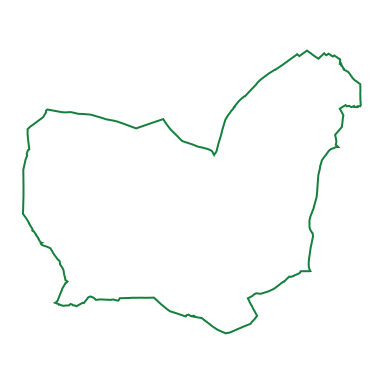 outline of Ozolaines pag., Rezeknes, Latvia
{"feature_id": "27541924B10395676921147", "entity_name": "Ozolaines pag.", "entity_type": "district", "adm_level": 2, "iso_a3": "LVA", "parent_name": "Latvia", "parent_adm1": "Rezeknes", "projection": "robinson", "projection_center": [27.268, 56.437], "detail": "fine", "context": "isolated", "style": "outline", "palette": "green", "viewbox_px": 384, "rotation_deg": 0, "n_neighbors": 0, "source": "geoboundaries", "source_scale": "gbopen_adm2", "svg_char_len": 5686}
<svg xmlns="http://www.w3.org/2000/svg" viewBox="0 0 384 384"><path d="M297.1,54.2L296.9,54.5L287.7,61.1L287.5,61.3L287.2,61.6L286.5,62.0L282.9,64.6L275.3,69.8L275.0,69.6L272.5,71.2L268.8,73.5L266.5,75.2L260.9,79.4L257.7,82.4L255.8,84.9L251.6,89.2L244.9,96.4L244.4,96.3L242.0,98.2L239.5,100.5L237.3,103.0L234.1,106.9L234.5,107.1L233.5,108.1L232.9,109.1L230.9,111.3L230.1,112.6L229.1,114.0L227.8,115.6L225.3,119.9L223.1,127.3L222.8,128.3L222.1,130.6L221.8,132.1L220.8,136.0L219.5,140.1L218.3,144.2L216.4,151.6L214.2,154.7L214.1,154.9L213.9,154.5L213.4,153.8L213.1,153.3L212.7,152.2L212.3,151.6L211.8,151.1L211.3,150.6L210.7,150.3L208.9,149.5L207.7,149.0L204.6,148.2L202.5,147.6L198.6,146.8L197.2,146.4L196.2,146.0L195.6,145.7L193.7,144.9L192.3,144.4L188.7,143.2L184.9,142.0L183.0,141.3L182.2,141.0L179.6,138.5L177.4,136.2L171.6,130.5L170.4,129.2L168.9,127.3L166.9,124.7L164.5,121.2L163.2,119.1L151.7,123.0L144.4,125.5L136.1,128.4L125.1,124.3L117.5,121.6L114.3,120.8L106.9,119.4L106.4,119.4L102.3,118.0L90.6,114.6L83.1,114.0L78.0,113.8L75.7,113.2L70.8,112.1L64.9,112.4L61.5,112.1L47.4,109.5L46.3,110.4L46.0,110.7L46.2,112.0L43.6,116.4L43.1,117.2L31.1,126.1L29.9,126.9L27.6,129.2L27.6,134.6L28.2,140.5L29.3,149.3L27.9,150.3L26.7,154.0L27.0,154.8L27.2,155.5L25.6,159.4L23.3,169.8L23.5,186.6L23.5,195.5L23.0,213.9L26.7,219.0L29.2,223.3L29.0,223.5L32.4,229.0L32.6,229.4L32.5,229.9L32.3,230.4L32.5,230.8L32.9,231.0L33.7,231.3L34.0,231.5L34.3,232.1L35.7,234.1L36.2,234.8L36.0,235.0L37.8,237.5L38.3,238.5L38.4,238.4L39.7,241.1L39.8,241.3L41.3,242.7L41.4,242.8L41.8,242.9L40.8,243.4L41.4,244.6L43.2,245.5L46.9,246.7L48.5,247.4L50.3,248.2L52.3,251.4L52.9,252.7L54.8,255.5L55.0,255.7L57.8,259.5L58.1,259.7L59.6,261.0L60.1,264.4L62.4,267.8L63.5,270.2L64.2,274.9L64.6,276.1L65.1,278.1L65.3,279.9L67.5,281.5L67.4,281.6L66.3,282.8L65.5,283.0L65.3,283.4L65.1,283.9L62.5,288.2L61.9,289.7L61.6,290.7L61.1,291.8L58.3,298.8L57.8,300.3L56.9,301.5L56.5,302.0L55.1,302.8L55.9,303.1L59.2,304.4L59.2,304.5L59.4,304.4L60.3,304.9L63.1,305.8L66.2,305.5L68.9,305.4L70.6,304.0L72.0,304.5L72.4,304.7L72.8,305.2L73.1,305.4L73.4,305.4L74.2,305.3L74.6,305.3L75.7,306.0L76.0,306.1L76.5,306.2L76.9,306.1L77.7,305.5L82.7,302.8L83.8,303.1L84.1,302.7L87.0,299.1L88.1,297.5L88.6,297.2L90.2,296.5L90.6,296.5L91.3,296.8L93.1,297.5L93.7,297.9L95.1,299.1L96.0,299.9L100.3,299.4L107.1,299.7L110.8,299.9L111.3,299.7L112.5,299.5L113.3,299.5L115.2,300.0L117.7,300.6L118.5,300.5L119.8,298.2L121.0,298.2L128.7,298.0L133.7,297.7L135.1,297.8L139.7,297.7L146.8,297.8L153.8,297.6L154.7,298.3L155.7,299.2L161.3,304.5L162.3,305.2L164.7,307.2L166.7,308.9L169.9,311.2L173.6,312.4L175.9,313.1L185.7,316.5L185.9,316.4L185.8,316.0L185.9,315.7L186.1,315.5L187.3,314.9L188.0,314.8L188.5,314.6L188.8,314.8L190.5,315.9L190.7,316.0L191.1,316.1L192.9,315.9L193.5,315.7L194.1,315.8L194.4,316.0L194.5,316.3L194.4,316.5L194.0,316.7L197.7,317.4L201.6,318.0L202.6,318.7L204.0,319.9L207.1,322.2L213.6,327.2L217.8,329.9L222.1,331.8L225.9,333.4L226.3,333.2L226.7,333.1L227.4,332.9L228.7,332.8L228.8,332.8L229.6,332.5L230.1,332.4L231.1,332.0L235.8,329.9L244.7,326.1L250.6,323.8L251.8,322.0L254.5,319.2L257.1,315.8L253.2,308.8L251.7,305.5L251.1,305.0L247.9,298.3L252.6,295.8L254.2,294.3L256.1,293.3L260.7,293.8L268.4,291.4L273.3,289.1L275.2,287.9L283.4,281.6L283.9,281.8L289.0,276.7L291.3,276.8L293.1,276.0L293.3,276.2L293.5,276.1L294.4,275.4L298.2,273.8L300.0,272.8L300.6,271.3L303.3,271.2L309.8,271.2L310.4,271.1L309.7,269.8L309.5,269.3L309.1,267.9L308.9,266.8L308.8,266.1L308.7,264.5L308.7,262.5L308.8,261.4L309.1,258.2L309.8,253.9L310.1,251.7L310.6,247.9L311.9,242.0L312.5,238.7L313.0,236.7L312.7,233.3L312.2,233.1L311.9,232.5L310.7,230.5L310.3,229.8L310.0,229.1L309.8,228.5L309.7,228.2L309.6,227.5L309.5,226.5L309.5,222.8L309.5,222.3L309.5,220.3L310.2,217.1L310.7,215.7L312.7,210.6L313.5,208.6L313.7,207.8L313.8,207.2L314.4,205.1L316.6,197.1L317.0,193.3L317.1,192.9L317.2,191.4L317.4,187.8L318.1,178.2L318.3,175.3L318.9,172.8L320.0,168.0L320.2,165.7L320.8,164.4L321.6,161.2L321.9,160.4L322.2,159.7L325.4,155.5L327.0,153.4L328.8,150.8L331.0,149.0L333.9,148.1L335.3,147.3L335.7,147.2L337.2,147.0L338.2,147.0L337.4,146.2L335.8,144.9L335.9,144.3L336.4,141.7L336.0,138.8L335.1,134.8L338.7,130.7L341.9,126.9L342.0,125.6L342.4,122.8L342.5,121.6L342.7,119.5L343.2,116.2L343.4,115.3L342.0,112.6L339.8,108.7L342.4,107.0L345.6,105.1L346.6,105.9L346.8,106.3L349.3,105.9L349.5,106.1L351.2,107.1L353.8,106.2L353.7,106.9L356.2,107.1L357.6,107.1L357.6,106.2L361.0,106.2L360.8,106.1L360.7,105.5L360.7,104.8L360.6,103.5L360.6,101.4L360.4,100.5L360.3,92.5L360.4,91.3L360.3,84.3L359.8,83.8L358.1,82.7L356.5,81.3L355.3,80.7L353.6,79.1L352.2,77.6L351.8,76.8L351.0,75.8L349.4,73.4L348.6,72.4L348.2,72.0L347.9,71.7L347.5,71.7L346.4,71.0L346.3,70.9L345.9,70.6L345.3,70.3L345.0,70.2L344.9,70.2L344.5,70.0L344.4,69.9L344.0,69.7L344.0,69.4L343.8,69.4L343.8,69.2L343.8,68.9L343.5,68.8L343.4,68.5L343.5,68.3L343.2,68.0L343.1,67.8L343.0,67.6L342.8,67.3L342.6,66.9L342.1,66.4L342.2,66.2L341.9,65.5L341.6,65.3L341.2,65.3L341.2,65.2L341.3,65.1L341.3,64.8L341.3,64.7L341.0,64.7L340.9,64.5L340.9,64.4L340.5,64.2L340.8,64.1L340.9,63.9L340.7,63.8L340.6,63.7L340.1,63.6L340.1,63.4L340.3,63.1L340.2,62.9L340.5,62.8L340.1,62.3L339.9,62.1L339.9,61.9L340.0,61.7L340.2,61.0L340.1,60.9L340.1,60.7L340.2,60.4L340.2,60.0L340.1,59.8L339.9,59.7L339.7,59.5L339.9,59.2L338.7,58.4L338.0,58.1L336.7,57.1L336.5,56.9L336.0,56.7L334.8,55.8L334.5,55.5L332.9,56.5L331.3,55.6L330.0,54.6L328.6,53.7L326.4,55.2L326.2,55.2L325.7,54.9L324.2,53.3L320.0,57.2L319.7,57.6L318.5,58.7L316.9,57.6L316.0,57.2L311.6,54.0L310.7,53.1L309.2,52.3L307.0,50.6L299.3,56.1L297.1,54.2Z" fill="none" stroke="#15803d" stroke-width="2"/></svg>